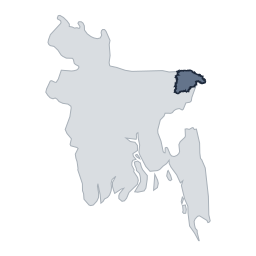 Sylhet, Sylhet, Bangladesh (highlighted)
{"feature_id": "16705992B47932115867008", "entity_name": "Sylhet", "entity_type": "district", "adm_level": 2, "iso_a3": "BGD", "parent_name": "Bangladesh", "parent_adm1": "Sylhet", "projection": "mercator", "projection_center": [91.877, 24.89], "detail": "fine", "context": "in_parent", "style": "filled", "palette": "slate", "viewbox_px": 256, "rotation_deg": 0, "n_neighbors": 0, "source": "geoboundaries", "source_scale": "gbopen_adm2", "svg_char_len": 8096}
<svg xmlns="http://www.w3.org/2000/svg" viewBox="0 0 256 256"><path d="M82.5,190.7L82.4,183.7L77.8,169.9L78.0,168.4L77.1,161.8L75.9,158.1L75.3,154.1L78.1,148.5L77.0,147.5L70.8,145.8L70.1,144.3L71.4,138.8L67.0,133.5L65.2,129.5L69.9,116.7L71.2,107.8L70.8,106.1L67.9,104.1L62.8,103.3L59.1,101.6L57.0,99.1L55.2,98.0L53.0,98.8L50.2,97.8L47.8,95.3L45.8,92.2L46.6,88.9L50.3,81.0L51.7,80.7L55.0,82.3L56.2,82.3L58.3,79.1L61.3,70.2L71.6,71.0L74.1,70.7L76.7,70.0L78.1,68.8L78.9,67.4L78.7,66.2L75.5,64.5L74.2,63.2L73.4,59.6L72.4,58.3L66.2,58.1L62.9,56.4L61.1,55.0L57.9,50.1L54.0,46.4L50.2,45.6L48.8,44.4L48.0,42.5L48.5,39.8L50.4,34.6L60.7,23.4L61.0,22.2L60.6,20.7L57.5,18.9L57.3,18.0L58.2,15.7L59.9,15.4L63.5,17.5L67.1,21.0L69.3,24.1L69.3,26.5L72.2,27.0L74.5,28.1L77.0,27.7L78.5,28.3L79.6,28.1L80.0,26.7L77.9,23.2L78.9,21.7L81.3,21.8L83.0,23.1L84.3,25.8L84.5,30.1L87.3,33.9L91.0,36.6L93.8,37.9L97.3,38.7L100.3,37.9L101.7,35.2L101.1,32.8L101.5,30.7L102.7,29.5L104.6,29.6L106.0,31.3L110.0,40.4L109.2,44.5L110.1,55.5L109.1,62.8L109.7,65.6L110.4,66.1L116.5,67.4L125.2,70.3L132.0,71.4L162.4,70.6L169.1,72.0L189.4,70.9L195.0,73.2L201.0,77.0L204.4,79.8L205.0,81.4L204.6,82.8L203.5,83.5L201.4,83.6L196.6,81.7L195.8,82.3L195.7,86.6L191.8,97.5L191.3,100.9L189.9,102.2L185.9,102.9L183.3,109.2L182.2,110.0L179.5,108.6L177.9,108.8L175.8,109.4L173.8,110.8L172.4,112.6L170.8,113.3L165.1,113.2L164.0,116.1L160.3,119.9L157.7,130.0L157.9,133.1L161.0,141.2L163.2,151.7L164.1,152.7L165.1,152.8L165.2,148.0L166.2,147.4L167.5,147.9L170.2,154.4L171.7,156.0L174.1,156.5L176.8,155.5L178.8,153.6L179.6,151.6L178.9,144.6L180.2,141.7L184.8,137.4L185.4,136.1L185.1,129.1L186.9,128.8L189.2,129.4L192.2,127.7L193.1,127.7L194.3,129.5L196.4,129.1L199.6,143.1L199.8,153.0L200.5,158.4L201.7,159.7L205.2,167.9L208.4,196.6L208.8,214.8L210.2,220.9L209.0,222.3L207.9,222.6L206.9,220.4L199.4,215.8L197.6,216.3L195.1,219.0L194.1,221.4L194.5,224.9L195.3,228.3L197.1,230.3L197.2,232.5L199.2,240.6L198.6,240.6L194.6,233.2L189.6,226.0L188.0,212.9L187.9,206.4L184.6,198.8L181.4,185.5L182.8,180.8L180.4,182.9L176.7,174.9L170.9,167.0L169.2,163.5L169.1,160.2L166.6,163.6L163.2,166.0L159.7,169.5L157.4,170.6L150.0,171.3L145.8,166.5L139.7,154.7L138.9,152.0L139.7,145.1L138.3,138.5L137.9,132.7L136.8,133.3L136.3,134.8L136.6,137.3L136.1,139.3L125.9,138.0L130.3,141.5L135.0,142.3L137.4,145.4L137.5,150.5L132.9,153.6L133.3,156.2L136.0,159.4L132.8,160.3L131.9,162.4L131.8,165.3L134.1,169.8L133.7,171.6L137.6,177.5L138.3,180.4L137.3,184.4L129.0,192.4L126.6,198.2L124.5,200.8L122.0,201.3L118.9,198.6L118.8,195.8L119.5,193.6L123.8,188.3L121.4,189.0L114.7,193.4L113.4,189.8L112.5,186.5L112.5,182.4L115.8,176.3L112.1,179.4L111.1,183.2L111.5,187.6L111.1,190.8L109.6,194.9L107.6,197.4L104.5,199.0L103.1,201.4L100.9,203.2L100.2,194.9L97.9,183.7L97.4,186.1L98.6,193.1L98.5,197.6L96.8,201.2L93.3,205.0L90.6,205.6L89.0,205.0L84.0,199.2L83.6,193.7L82.5,190.7ZM144.1,190.9L137.8,192.2L134.7,191.8L140.6,181.7L140.4,177.2L139.5,173.5L136.5,170.5L136.3,168.4L135.0,165.5L134.3,162.1L137.6,161.0L140.3,162.9L141.3,166.8L142.6,169.7L147.3,175.6L147.2,179.3L145.9,188.1L144.1,190.9ZM157.4,187.6L153.6,190.3L154.8,174.3L157.6,180.2L158.3,183.4L157.4,187.6ZM171.8,179.6L170.2,180.7L168.6,179.7L166.7,176.0L167.6,171.2L168.2,170.5L170.6,175.4L171.8,179.6ZM185.8,213.2L183.7,213.4L182.6,212.2L183.1,210.7L182.6,205.5L185.3,205.0L186.3,209.3L185.8,213.2ZM183.5,198.8L181.9,203.9L181.2,201.6L182.3,197.1L183.5,198.8ZM139.2,157.1L139.8,158.8L136.4,156.7L135.4,155.1L137.0,154.3L139.2,157.1Z" fill="#d9dde1" stroke="#a8b0b8" stroke-width="1"/><path d="M175.6,92.3L175.6,92.2L175.7,92.3L175.7,92.2L175.8,92.3L175.9,92.1L176.0,92.2L176.4,92.7L176.4,93.1L177.9,93.6L178.3,93.4L178.7,93.4L178.9,93.0L179.4,92.6L179.5,92.3L179.8,92.3L179.8,91.8L179.9,91.6L180.3,91.5L180.4,91.8L180.5,91.9L181.5,91.2L181.9,91.3L182.2,91.6L182.7,91.4L182.9,91.1L183.5,91.1L183.7,91.5L184.2,91.3L184.2,90.8L184.5,90.9L184.4,91.1L184.9,91.3L185.2,90.9L185.2,91.1L185.3,91.2L185.5,91.2L185.8,91.4L186.4,91.5L186.5,91.8L186.8,91.6L187.1,91.6L187.5,91.2L188.0,91.2L188.2,91.3L188.2,91.2L188.4,91.3L188.4,91.2L188.7,91.3L188.8,90.9L188.8,90.1L188.9,89.9L188.8,89.7L188.6,89.5L189.1,89.1L189.1,89.3L189.4,89.5L189.8,89.0L189.7,88.3L189.9,88.4L189.9,88.7L190.3,88.7L190.5,88.5L190.4,88.3L190.6,88.1L190.7,87.6L190.4,87.5L190.4,86.8L191.0,86.9L191.0,87.1L191.5,87.1L191.8,86.8L192.2,87.0L192.6,86.9L193.0,86.8L193.2,86.6L193.4,86.6L193.5,86.7L193.9,86.5L194.1,86.7L194.6,86.7L194.7,86.3L194.5,85.9L194.5,85.5L194.6,85.4L194.8,85.2L194.9,85.4L195.2,85.3L195.3,85.0L195.8,84.7L196.3,84.7L196.1,84.2L196.4,84.2L196.5,84.1L196.3,83.9L196.2,83.2L196.1,82.8L196.4,82.8L196.4,82.7L196.5,82.6L196.5,82.1L196.1,81.8L196.1,81.6L195.9,81.5L196.0,81.4L196.5,81.2L197.3,81.3L197.7,81.3L197.9,81.0L198.2,80.9L198.4,80.9L198.6,81.1L198.6,81.5L198.9,81.7L199.3,81.7L199.4,81.9L199.8,82.4L199.9,81.9L200.0,81.8L200.3,82.3L200.5,82.3L200.6,82.6L201.0,82.5L201.1,83.0L201.3,83.1L201.4,83.4L202.0,83.5L202.1,83.2L202.4,83.1L202.8,83.3L203.3,83.2L203.4,82.7L203.5,82.6L204.1,82.6L204.6,82.8L204.7,82.6L205.1,82.6L205.2,82.4L205.2,81.9L205.4,81.5L205.2,81.3L205.3,80.9L205.0,80.7L204.9,80.4L205.0,79.7L204.9,79.7L204.6,79.9L203.7,80.0L203.6,79.8L203.7,79.6L203.9,79.4L204.3,79.3L204.3,79.0L204.0,78.8L203.6,79.0L202.8,79.0L202.6,78.9L202.7,78.1L202.4,78.0L202.8,77.2L202.8,76.4L202.4,76.5L202.1,76.3L201.9,76.3L201.7,76.0L201.3,75.9L201.3,76.1L201.0,75.9L200.8,76.0L200.8,75.9L200.6,75.6L200.5,75.8L200.4,75.7L199.8,75.7L199.7,75.6L199.8,75.6L199.7,75.6L200.1,75.2L200.1,74.7L199.6,74.5L199.1,74.5L199.0,74.9L198.9,74.8L198.7,74.9L198.3,74.8L196.8,74.3L195.9,73.8L195.6,73.7L195.0,73.3L194.9,73.4L194.6,73.4L194.8,72.9L195.5,73.0L195.2,72.8L194.6,72.7L194.5,72.3L194.4,72.4L194.4,72.6L194.2,73.0L194.0,72.8L194.0,72.7L193.9,72.6L193.7,72.5L193.3,72.6L193.5,72.5L193.3,72.5L193.3,72.4L193.6,72.3L193.2,72.4L193.0,72.2L192.9,72.3L192.5,72.1L192.8,72.1L192.4,72.0L192.5,71.6L192.4,71.6L192.6,71.6L192.4,71.5L192.4,71.3L192.0,71.2L191.4,70.7L190.6,70.4L190.5,70.5L190.3,70.3L189.9,70.2L189.7,70.3L189.1,70.3L188.6,70.4L188.6,70.6L188.3,70.4L187.8,70.3L187.1,70.8L186.5,70.7L185.3,70.6L185.2,70.5L184.0,70.5L183.9,70.6L183.5,70.6L183.4,70.8L183.2,70.6L182.8,70.7L182.7,70.8L182.0,70.6L181.5,70.6L181.3,70.6L181.1,70.9L180.7,70.8L180.7,71.0L180.1,71.0L179.6,71.2L179.3,71.0L179.2,71.1L178.9,70.8L178.9,70.6L178.6,70.8L178.7,71.3L178.5,71.6L178.5,71.9L178.6,72.1L178.2,72.0L178.2,71.7L178.1,71.8L178.1,71.7L177.5,71.6L177.5,71.4L177.2,71.3L177.0,71.5L177.4,71.8L177.4,72.3L177.7,72.3L177.6,72.5L177.9,72.5L177.9,72.9L177.6,73.2L177.7,73.4L177.8,73.3L177.6,73.6L177.7,73.8L177.6,74.0L177.8,74.3L178.2,74.6L178.0,74.9L178.2,75.0L177.6,75.1L177.3,75.0L177.0,75.3L176.5,75.3L176.4,75.6L176.5,75.8L176.5,76.0L176.3,76.1L176.0,76.1L176.2,76.4L176.3,76.6L175.8,76.6L175.8,76.8L176.2,77.1L176.6,77.5L176.8,77.7L176.5,77.8L175.8,77.6L175.7,77.6L176.1,78.0L177.1,78.4L177.1,78.5L176.9,78.6L177.4,78.9L177.4,79.0L177.1,79.6L177.4,79.7L177.3,79.9L177.1,79.9L177.0,80.1L176.6,80.0L176.7,80.4L176.6,80.6L176.6,80.8L176.4,80.9L176.7,80.9L176.7,81.0L176.8,81.1L176.7,81.2L176.3,81.3L176.7,81.4L176.8,81.5L176.6,81.7L176.6,81.8L176.3,81.8L176.1,81.9L176.4,81.9L176.3,82.2L176.4,82.4L176.6,82.5L176.8,82.4L176.9,82.7L176.9,82.9L176.7,83.1L176.4,83.1L176.3,82.7L176.2,82.8L176.2,82.7L176.1,82.8L176.1,83.2L175.7,83.3L175.4,83.6L175.5,83.8L175.6,84.0L175.7,84.5L175.5,84.2L175.5,84.3L175.4,84.1L175.5,84.6L175.6,84.9L175.5,85.1L175.8,85.2L175.9,85.3L176.0,85.2L176.0,85.4L176.0,85.6L175.9,85.8L176.0,85.9L176.1,86.0L175.9,86.1L175.7,86.0L175.3,85.7L175.3,85.9L175.1,86.0L174.8,86.1L174.7,86.3L175.1,86.2L175.2,86.4L175.2,86.6L175.3,86.7L175.5,86.7L175.9,86.7L175.9,87.0L176.1,87.0L176.0,87.5L175.7,87.5L175.7,87.8L175.7,88.1L175.9,88.2L175.9,88.4L176.0,88.5L175.7,88.6L175.4,88.8L175.3,88.7L175.5,88.9L175.4,89.1L175.6,89.3L175.0,89.5L174.9,89.7L175.0,89.7L175.3,89.6L175.3,89.8L175.2,90.0L175.1,90.4L175.3,90.2L175.1,90.9L174.8,91.1L174.9,91.3L175.0,91.5L174.5,92.1L174.9,92.3L175.2,92.3L175.3,92.2L175.6,92.3Z" fill="#64748b" stroke="#1e293b" stroke-width="1.5"/></svg>